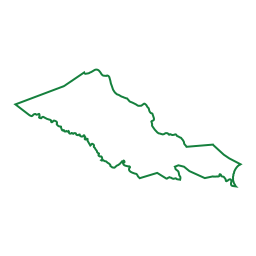 the district of Fond Estate, Praslin, Saint Lucia
{"feature_id": "8701671B74250012316808", "entity_name": "Fond Estate", "entity_type": "district", "adm_level": 2, "iso_a3": "LCA", "parent_name": "Saint Lucia", "parent_adm1": "Praslin", "projection": "robinson", "projection_center": [-60.918, 13.843], "detail": "fine", "context": "isolated", "style": "outline", "palette": "green", "viewbox_px": 256, "rotation_deg": 0, "n_neighbors": 0, "source": "geoboundaries", "source_scale": "gbopen_adm2", "svg_char_len": 5775}
<svg xmlns="http://www.w3.org/2000/svg" viewBox="0 0 256 256"><path d="M180.1,179.7L180.4,178.3L180.4,177.4L180.2,176.6L179.6,175.9L179.3,175.4L179.1,174.7L178.8,173.0L178.5,171.9L178.2,171.4L177.8,170.9L176.0,169.5L175.6,169.1L175.4,168.6L175.2,167.2L174.9,166.7L178.4,165.3L184.0,166.7L189.4,171.1L204.8,178.1L212.9,176.4L213.3,176.6L215.9,176.6L217.1,176.4L217.9,176.6L219.1,176.2L219.5,175.5L219.5,174.6L219.7,174.3L220.5,174.4L221.0,175.0L221.1,175.7L221.6,176.3L223.4,176.7L223.9,177.0L225.3,178.8L225.8,179.9L225.9,180.3L225.8,180.6L226.0,181.0L226.4,181.2L226.9,181.0L227.7,180.6L228.5,179.9L229.4,179.4L230.3,179.3L230.8,179.6L231.2,180.3L231.4,181.6L231.0,183.1L231.0,184.2L231.4,185.3L231.9,185.7L232.8,186.0L235.8,186.4L235.6,186.2L235.1,185.1L234.3,183.8L234.0,183.2L233.6,182.2L233.4,181.1L233.1,180.6L232.9,180.3L233.1,179.0L233.0,177.6L233.0,176.7L233.1,176.4L233.4,175.6L233.3,175.0L233.4,174.4L233.4,174.2L233.7,173.7L234.0,173.1L234.2,171.7L234.5,171.0L235.3,169.4L236.0,168.3L236.8,167.2L237.7,166.2L238.9,165.2L239.5,164.9L239.8,164.8L240.6,164.3L229.3,158.4L223.8,154.7L213.2,145.0L213.0,144.6L186.5,146.8L186.3,146.4L185.7,145.6L184.9,144.7L184.4,144.1L184.0,142.9L184.0,142.2L183.3,140.8L182.9,140.3L182.7,139.8L181.8,138.9L181.2,138.0L180.8,137.7L179.8,137.4L178.2,136.4L177.4,136.2L177.2,136.1L177.0,135.9L176.7,135.5L176.2,134.7L175.7,134.4L175.3,134.4L175.1,134.4L174.1,134.8L172.7,135.0L172.2,135.0L171.6,134.8L170.6,134.3L170.0,134.2L169.5,134.7L169.2,134.7L168.7,134.5L168.2,133.8L167.6,133.3L166.6,133.1L165.8,133.1L165.1,133.4L164.0,134.1L162.8,134.4L161.2,134.0L159.7,133.5L158.8,133.4L158.0,132.9L157.4,132.5L154.8,129.7L152.4,126.3L152.1,125.7L152.0,125.1L152.1,124.6L152.1,123.9L151.4,121.5L151.9,121.0L152.8,120.7L153.5,120.2L153.8,119.9L154.0,119.1L153.9,118.2L153.1,115.8L152.4,113.7L151.8,113.3L150.9,113.1L150.3,112.5L149.9,112.0L149.3,110.8L148.8,108.7L148.6,108.2L147.5,107.1L146.9,106.1L146.5,105.3L145.7,104.5L144.8,103.8L144.5,103.7L144.1,103.7L143.3,104.2L141.6,105.5L141.3,105.7L139.5,105.8L138.5,105.8L137.8,105.6L136.7,104.9L136.0,104.4L135.2,104.0L132.4,102.6L130.1,101.7L129.4,101.2L129.1,100.8L128.0,99.5L127.0,98.4L126.1,98.3L125.4,98.0L124.2,97.6L123.4,97.2L121.4,96.5L118.7,94.9L117.4,94.5L116.6,94.1L116.4,93.8L115.0,92.6L114.5,91.9L113.7,90.7L113.2,89.9L112.9,89.2L111.9,86.2L110.9,83.5L110.3,80.6L109.5,77.8L109.3,77.1L108.8,76.4L108.6,76.2L108.3,75.9L107.8,75.7L107.4,75.5L107.0,75.5L106.5,75.9L106.3,75.9L103.9,75.7L103.3,75.6L102.8,75.4L102.3,75.0L101.6,74.3L100.4,72.4L99.2,70.9L98.4,70.2L97.6,69.8L96.8,69.6L95.9,69.6L94.8,69.9L91.3,72.0L90.0,72.5L89.1,73.1L88.0,73.4L85.3,73.8L84.8,73.5L84.5,73.3L84.2,72.9L84.1,72.5L64.0,86.1L15.4,104.4L29.6,115.3L30.0,115.5L30.6,115.7L31.1,116.0L31.7,116.1L32.1,115.9L32.4,115.8L32.7,115.4L33.1,115.0L33.6,114.5L34.5,114.1L35.4,114.0L36.1,114.5L36.6,114.7L37.0,114.6L38.1,114.3L39.0,113.9L39.2,114.0L39.3,114.3L39.5,114.9L39.4,115.4L39.6,115.9L39.7,116.2L39.5,116.6L39.1,117.1L39.1,117.3L39.1,117.5L39.9,118.0L40.9,118.2L41.3,118.2L42.0,117.3L42.4,117.0L42.7,116.9L43.3,116.9L43.9,117.2L44.2,117.4L47.0,118.9L47.6,119.1L48.1,119.2L48.8,119.5L49.3,119.6L49.5,119.6L49.9,119.7L50.7,120.2L51.1,120.5L51.3,121.0L51.1,121.4L51.1,121.7L51.3,122.0L51.6,122.2L52.0,122.2L52.5,121.9L53.6,120.7L54.2,120.6L55.1,120.9L56.5,121.6L56.8,122.0L57.0,122.6L57.0,123.3L56.8,123.8L56.7,124.0L56.9,124.5L57.1,124.8L58.1,125.8L59.0,126.3L59.3,126.4L59.9,126.5L60.8,126.5L61.0,126.7L61.0,127.4L61.3,128.3L61.8,129.6L62.0,130.0L62.4,130.4L62.7,130.5L62.9,130.5L63.2,130.1L63.4,130.1L63.8,130.1L64.0,130.4L64.2,131.1L64.5,131.4L65.0,131.5L65.4,131.5L66.3,131.0L66.5,131.1L67.0,131.5L67.3,131.6L67.6,131.5L68.1,131.2L68.5,131.0L68.9,131.5L68.9,132.0L68.9,132.5L69.3,133.3L69.6,133.5L69.9,133.6L70.2,133.6L70.6,133.6L71.3,133.4L71.6,133.0L71.8,133.0L72.4,133.3L72.9,133.7L73.3,133.8L73.6,133.6L74.0,133.2L74.3,133.2L74.6,133.1L74.9,133.1L75.6,133.3L75.8,133.4L76.3,134.6L76.7,134.9L77.5,135.1L77.8,135.1L78.5,134.8L78.9,134.8L79.1,134.6L79.3,134.5L79.6,134.5L79.9,135.1L79.8,135.6L80.3,135.8L80.8,136.3L81.4,136.5L82.3,136.5L82.9,136.3L83.2,135.9L83.6,135.5L83.9,135.3L84.3,135.4L84.4,135.6L84.7,136.7L85.1,136.9L85.3,137.2L85.3,137.5L84.8,137.7L84.8,139.1L85.1,139.4L85.6,139.5L86.0,139.5L86.4,139.3L87.0,138.8L87.5,138.9L87.6,139.2L87.6,140.5L87.6,140.8L90.3,145.5L91.0,144.9L91.3,144.3L91.7,144.0L92.0,143.8L92.3,143.8L93.0,144.2L93.4,144.4L93.7,144.7L93.8,145.0L94.0,145.4L93.8,146.6L93.9,147.0L94.0,147.2L94.7,147.7L95.6,149.4L96.7,150.7L97.0,151.5L97.1,152.1L97.4,152.5L98.0,153.0L98.8,153.4L99.0,153.6L99.0,153.9L98.5,154.8L98.5,155.3L98.6,155.6L98.9,155.9L100.0,156.5L100.4,156.5L100.7,156.4L101.1,156.4L101.5,156.7L101.8,157.1L102.1,158.0L102.2,158.7L102.1,159.2L102.0,159.6L101.8,159.8L101.2,160.2L101.6,160.5L101.8,160.5L102.2,160.5L103.1,160.2L103.4,160.2L103.9,160.7L104.6,161.1L106.1,161.4L106.8,162.0L107.5,162.7L108.9,163.5L110.2,164.7L110.3,165.2L110.3,165.7L110.4,166.0L111.3,166.6L112.3,167.4L113.5,167.6L114.1,167.7L114.6,167.6L115.5,166.8L116.6,165.8L117.3,165.4L118.3,165.0L118.9,164.5L119.9,163.8L121.0,162.5L121.9,161.7L122.0,161.4L122.3,161.4L122.9,161.2L123.2,160.9L123.6,160.6L124.1,160.8L124.4,161.4L124.5,161.8L124.4,162.3L123.8,162.6L123.3,162.8L123.0,163.2L123.3,163.9L123.7,164.7L124.5,165.3L125.4,165.7L128.2,166.4L129.1,166.3L129.8,166.7L130.0,167.2L129.9,167.5L129.3,168.2L129.0,169.1L129.1,170.0L129.6,170.9L130.6,171.8L132.4,172.7L134.6,173.5L136.3,173.9L136.7,174.2L137.4,175.2L138.0,176.4L139.7,178.2L157.2,172.9L166.4,178.6L167.2,178.5L167.8,178.0L169.0,177.4L169.5,177.2L170.0,177.5L170.3,177.6L171.0,177.7L171.4,177.9L172.3,178.5L173.4,178.8L175.8,178.3L176.7,179.1L178.0,179.4L179.7,179.6L180.1,179.7Z" fill="none" stroke="#15803d" stroke-width="2"/></svg>